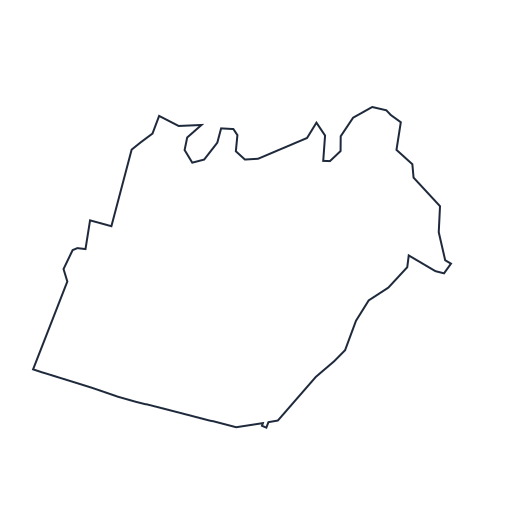 Sumner, Tennessee, United States of America, rotated 193°
{"feature_id": "52423323B49369040245103", "entity_name": "Sumner", "entity_type": "district", "adm_level": 2, "iso_a3": "USA", "parent_name": "United States of America", "parent_adm1": "Tennessee", "projection": "robinson", "projection_center": [-86.465, 36.449], "detail": "fine", "context": "isolated", "style": "outline", "palette": "slate", "viewbox_px": 512, "rotation_deg": 193, "n_neighbors": 0, "source": "geoboundaries", "source_scale": "gbopen_adm2", "svg_char_len": 1028}
<svg xmlns="http://www.w3.org/2000/svg" viewBox="0 0 512 512"><g transform="rotate(193 256 256)"><path d="M447.7,95.4L440.2,94.7L438.2,94.5L436.0,94.4L386.4,90.7L358.7,87.8L340.5,86.9L330.3,86.7L329.4,86.9L304.0,86.3L264.2,85.2L261.6,85.3L260.8,85.4L260.7,85.4L236.8,84.7L211.7,94.7L212.0,91.9L207.3,91.1L206.5,96.9L197.7,100.6L170.5,151.7L156.2,171.0L148.0,184.3L144.0,215.4L136.2,238.1L119.9,255.0L106.1,279.1L107.3,290.9L77.8,281.6L68.9,281.4L64.3,292.4L70.7,294.4L83.3,320.3L87.9,345.9L120.1,367.8L124.3,380.6L143.0,391.0L145.0,418.9L156.4,423.7L161.8,427.3L176.3,427.3L192.5,412.6L200.4,391.7L197.2,377.3L205.3,365.1L211.9,363.8L215.8,388.9L227.1,399.5L232.8,382.5L275.9,351.2L288.5,347.5L299.2,353.5L301.3,369.6L306.6,374.6L318.7,372.5L319.2,357.7L328.2,338.3L339.1,332.6L349.4,343.2L349.7,356.0L338.6,371.4L360.6,365.3L381.9,370.7L384.4,352.0L393.6,341.2L401.1,331.7L403.6,252.5L425.7,253.4L423.7,224.4L431.8,223.5L436.0,220.5L440.6,200.0L434.1,188.7L447.7,95.4Z" fill="none" stroke="#1e293b" stroke-width="2"/></g></svg>